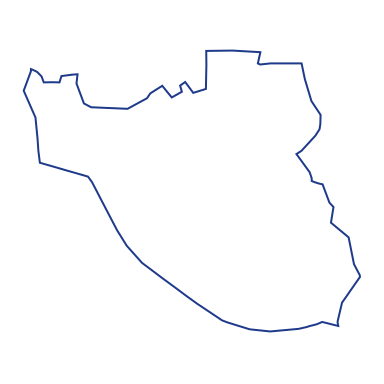 the district of Zango, Katsina, Nigeria, rotated 179°
{"feature_id": "59680162B91454305469147", "entity_name": "Zango", "entity_type": "district", "adm_level": 2, "iso_a3": "NGA", "parent_name": "Nigeria", "parent_adm1": "Katsina", "projection": "orthographic", "projection_center": [8.555, 12.959], "detail": "fine", "context": "isolated", "style": "outline", "palette": "blue", "viewbox_px": 384, "rotation_deg": 179, "n_neighbors": 0, "source": "geoboundaries", "source_scale": "gbopen_adm2", "svg_char_len": 1228}
<svg xmlns="http://www.w3.org/2000/svg" viewBox="0 0 384 384"><g transform="rotate(179 192 192)"><path d="M121.2,330.6L149.0,332.7L175.3,332.8L175.4,318.7L176.3,294.8L189.0,291.1L196.9,302.1L202.0,298.6L200.4,292.4L210.6,286.9L219.9,298.7L229.1,293.1L232.0,291.3L235.4,286.5L255.0,276.3L291.4,278.5L298.5,282.4L305.6,302.5L304.4,311.7L309.8,311.4L320.5,310.2L322.6,303.9L329.8,304.2L338.3,304.2L340.4,310.2L344.8,314.8L349.1,317.0L350.9,317.7L351.0,316.5L350.9,315.7L356.5,301.3L358.5,296.2L347.2,269.2L345.5,247.9L344.9,236.0L343.6,223.9L317.9,216.0L295.7,209.2L291.8,203.6L285.9,191.8L283.1,186.1L278.4,176.7L273.4,166.7L267.6,155.1L258.2,139.4L243.2,122.0L222.4,105.8L213.2,98.8L198.3,87.3L188.5,80.0L164.3,63.2L158.9,61.0L136.7,53.7L116.3,51.2L87.8,53.3L79.6,55.0L77.1,55.8L69.5,57.6L64.1,59.8L48.1,55.5L48.7,59.1L48.6,60.3L43.9,78.8L41.7,81.8L37.9,87.0L36.8,88.6L25.5,104.2L25.8,106.1L31.3,117.0L36.2,143.9L53.6,158.9L50.8,174.5L54.8,179.0L61.3,197.4L64.0,198.0L66.1,198.6L69.2,199.7L72.1,200.9L72.1,203.7L74.0,209.7L86.9,228.1L81.8,231.3L67.7,246.1L63.4,252.5L62.5,257.7L62.1,266.9L71.0,280.8L77.2,302.9L80.2,318.7L111.4,319.2L121.7,318.3L123.9,319.4L121.2,330.6Z" fill="none" stroke="#1e3a8a" stroke-width="2"/></g></svg>